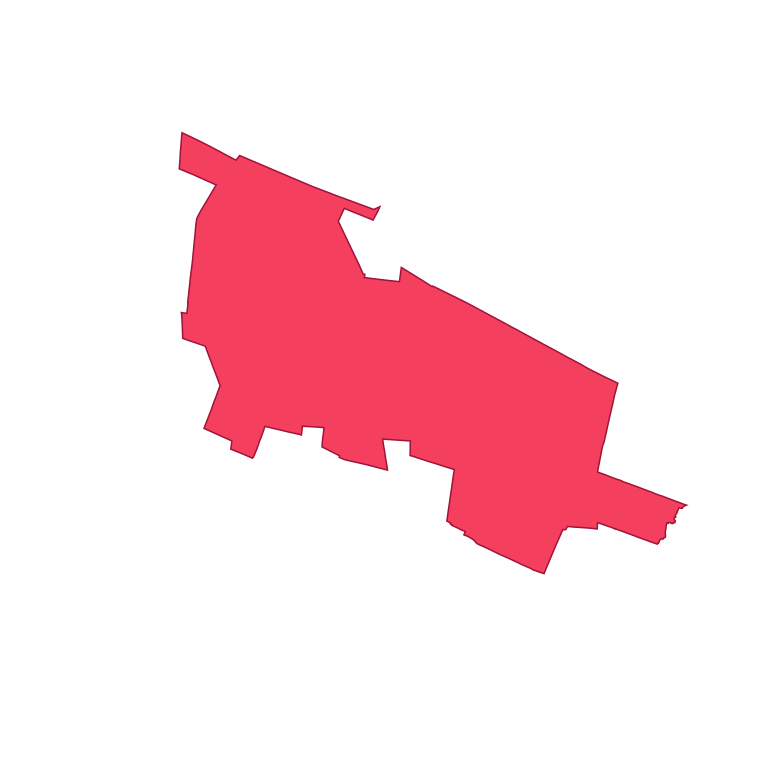 Baba Ana, Prahova, Romania, rotated 219°
{"feature_id": "2599482B26950775852697", "entity_name": "Baba Ana", "entity_type": "district", "adm_level": 2, "iso_a3": "ROU", "parent_name": "Romania", "parent_adm1": "Prahova", "projection": "natural_earth1", "projection_center": [26.48, 44.974], "detail": "fine", "context": "isolated", "style": "filled", "palette": "rose", "viewbox_px": 768, "rotation_deg": 219, "n_neighbors": 0, "source": "geoboundaries", "source_scale": "gbopen_adm2", "svg_char_len": 5942}
<svg xmlns="http://www.w3.org/2000/svg" viewBox="0 0 768 768"><g transform="rotate(219 384 384)"><path d="M498.8,519.2L501.8,513.2L538.1,500.9L543.9,499.0L558.9,494.1L563.8,492.5L584.2,486.6L586.7,485.9L640.0,470.7L639.9,467.6L640.0,464.8L640.2,464.7L667.6,459.4L679.3,456.9L699.1,452.2L698.4,451.1L694.2,444.9L692.9,442.9L692.2,442.0L691.1,440.4L690.0,438.8L689.5,438.0L688.2,436.1L687.5,435.1L686.0,433.1L682.1,427.5L678.5,422.3L664.8,426.4L639.8,433.0L639.7,433.1L635.5,403.9L634.7,399.5L634.1,396.5L633.6,394.8L633.1,393.8L631.6,391.3L630.0,388.7L623.4,378.9L620.0,373.6L619.1,372.3L616.5,368.5L613.9,364.4L613.3,363.6L610.9,360.0L606.1,352.4L603.6,348.3L603.5,348.2L602.8,346.9L590.0,327.2L587.8,323.6L587.4,323.8L587.2,323.6L583.7,318.0L581.6,314.9L586.5,312.0L586.1,311.6L585.5,311.1L584.5,310.1L583.6,309.2L582.4,307.9L581.7,307.1L577.1,301.9L569.1,292.8L565.1,294.2L562.0,295.3L561.0,295.7L552.0,299.0L549.2,300.0L546.7,300.9L546.3,300.7L539.3,296.5L536.4,294.8L532.2,292.4L528.1,289.9L526.0,288.7L519.2,284.8L510.4,279.6L507.6,271.4L506.2,267.4L505.7,265.5L503.4,258.9L501.9,254.8L501.3,252.7L498.8,245.1L497.1,239.6L495.9,236.2L491.1,237.5L466.4,244.0L462.0,236.9L455.1,239.1L447.4,241.4L443.3,242.5L439.5,243.6L439.5,244.1L439.5,244.8L440.0,247.2L440.8,249.7L442.1,254.2L443.0,256.4L443.3,257.9L443.9,258.9L444.8,261.3L445.4,263.5L446.1,265.7L446.5,266.9L448.1,271.4L448.8,273.3L449.6,275.5L449.8,276.1L447.0,277.5L439.8,280.9L435.6,283.0L433.7,283.9L429.5,285.9L428.2,286.5L427.0,287.1L423.3,289.0L418.8,291.2L416.1,292.4L418.7,296.6L420.9,299.8L411.3,306.7L408.2,308.9L406.3,310.2L403.2,312.2L403.1,312.3L402.4,311.2L400.9,308.8L397.7,303.6L395.0,299.5L394.1,298.1L393.7,297.6L392.5,296.1L392.1,296.2L373.5,300.2L372.7,298.8L367.9,300.1L367.1,300.4L366.8,300.5L361.0,303.3L355.6,306.0L353.4,307.1L351.7,307.9L351.1,308.2L348.4,309.5L345.8,310.8L337.1,314.7L335.1,315.6L331.8,317.1L327.4,319.2L327.1,319.3L330.3,322.3L335.7,327.0L340.1,331.1L344.8,335.2L348.3,338.4L350.4,340.3L345.3,343.9L327.7,356.3L327.2,355.6L325.4,353.3L322.9,350.2L319.8,346.2L318.8,344.8L315.2,346.3L311.9,347.5L302.0,351.3L293.0,354.9L286.5,357.4L275.9,361.6L275.6,361.8L274.9,360.7L273.0,357.3L270.7,353.5L268.5,349.8L266.0,345.7L264.3,342.7L262.0,338.9L257.8,331.9L254.8,326.8L250.8,320.2L248.9,317.0L248.0,317.2L245.0,317.9L244.7,318.0L244.6,317.0L242.7,317.4L242.5,316.8L238.2,317.9L234.4,318.8L234.1,318.8L230.7,319.6L229.8,320.0L228.0,320.5L227.9,320.5L227.1,317.7L227.1,317.1L225.6,317.4L223.8,318.1L222.8,318.4L221.6,318.5L219.9,318.8L218.9,318.9L217.5,319.1L216.5,319.2L215.1,319.1L212.7,318.7L212.3,318.5L211.8,318.5L211.2,318.5L210.8,318.6L209.7,318.8L208.2,319.2L206.3,319.7L204.5,320.2L199.0,321.6L196.5,322.2L194.6,322.6L193.6,322.8L192.4,323.1L190.6,323.5L187.2,324.3L184.0,325.2L181.3,325.9L169.2,329.0L168.5,329.2L166.7,329.6L165.9,329.8L165.4,329.9L164.8,330.0L163.7,330.3L161.3,330.9L160.5,331.2L157.8,331.9L156.1,332.4L155.0,332.7L154.0,333.0L153.2,333.1L151.7,333.2L144.1,335.9L140.3,337.3L141.5,341.3L143.4,348.0L145.5,355.1L149.1,367.5L152.5,380.3L153.4,383.4L152.8,383.7L152.6,383.9L152.3,384.1L151.6,384.6L151.2,385.3L151.2,385.8L151.5,387.6L151.8,388.7L144.4,393.7L142.9,394.8L133.5,401.4L130.7,403.2L127.1,405.5L130.7,410.6L130.5,410.8L114.6,416.5L114.4,416.3L113.0,416.8L113.2,417.0L102.8,420.6L102.4,420.7L96.5,422.7L95.5,423.0L95.3,423.1L94.2,423.5L92.1,424.2L90.9,424.5L78.8,428.7L75.9,429.7L70.9,431.5L71.1,432.1L70.5,432.8L70.6,433.6L71.3,435.9L71.5,436.7L71.4,437.1L71.3,437.4L71.0,437.6L71.0,438.0L71.1,438.4L70.9,438.7L70.7,438.9L70.0,438.9L69.7,438.9L69.6,439.0L69.5,439.3L69.5,439.6L69.5,440.1L69.5,440.4L69.5,440.8L69.5,441.1L69.2,441.5L68.9,442.0L69.2,442.5L69.8,443.4L70.4,444.0L70.9,444.5L71.3,444.8L71.8,445.4L72.2,446.0L73.1,447.4L73.3,447.8L73.8,448.8L74.7,450.2L75.7,451.9L76.2,452.7L76.7,453.5L76.8,453.8L76.8,454.1L76.7,454.4L76.4,454.6L76.1,454.6L75.9,454.5L75.6,454.5L75.4,454.5L75.3,454.9L75.4,455.3L75.4,455.5L75.3,455.9L75.1,456.1L74.8,456.3L74.3,456.4L74.1,456.5L73.9,456.4L73.4,456.5L72.9,456.6L72.4,456.8L72.1,456.9L71.9,457.1L71.8,457.3L71.7,457.5L71.7,457.8L71.8,458.0L71.8,458.4L71.6,458.6L71.4,458.8L71.0,459.0L70.8,459.1L70.7,459.2L70.7,459.4L70.7,459.5L70.8,459.7L71.0,459.9L71.2,460.3L71.4,460.7L71.5,460.9L71.6,461.1L71.9,461.2L72.5,461.3L72.9,461.3L73.2,461.3L73.6,461.5L73.9,461.8L74.1,462.0L74.2,462.3L74.2,462.8L74.1,463.1L73.8,463.4L73.6,463.8L73.5,464.0L73.7,464.4L74.1,464.7L74.5,464.9L74.9,465.3L75.1,465.8L75.2,466.3L75.1,466.8L75.1,467.4L75.1,467.9L75.2,468.3L75.3,468.5L75.5,468.9L75.8,469.2L75.9,469.9L75.9,470.4L76.0,470.8L76.1,471.1L76.3,471.5L76.6,472.1L76.7,472.6L76.8,472.9L76.7,473.2L76.4,473.5L75.9,473.9L75.1,474.3L74.4,474.7L74.2,474.9L74.0,475.1L74.0,475.3L74.0,475.6L74.1,475.9L74.2,476.3L74.2,476.9L74.0,477.6L73.7,478.2L73.3,479.1L72.7,480.2L74.4,479.5L76.9,478.7L80.9,477.4L85.6,475.8L89.0,474.7L91.9,473.7L95.6,472.5L96.4,472.3L99.3,471.1L102.4,470.0L104.9,469.2L106.3,468.9L108.9,468.1L111.2,467.2L121.7,463.8L126.3,462.2L132.5,460.1L135.3,459.0L136.9,458.6L139.4,458.0L142.7,456.7L146.9,455.2L149.1,454.5L153.6,453.1L162.7,450.0L175.0,473.1L175.8,475.3L176.4,477.4L178.5,481.5L180.8,486.3L183.0,490.6L184.8,494.2L186.5,497.6L188.4,501.5L193.6,512.2L194.9,514.8L197.7,520.3L199.2,523.7L201.1,527.9L202.7,531.8L216.2,528.6L221.0,527.5L223.9,526.9L227.8,526.0L232.9,524.9L235.2,524.5L237.8,524.0L240.5,523.6L242.7,523.3L254.1,521.1L257.5,520.4L259.5,520.0L269.7,518.2L275.5,517.1L280.2,516.2L286.0,515.1L303.8,511.8L311.4,510.4L316.5,509.5L317.5,509.2L326.3,507.6L369.0,499.5L372.5,498.8L407.7,490.8L407.7,490.0L421.3,488.4L433.1,486.9L443.9,485.5L437.5,475.0L436.5,473.2L448.3,465.6L459.9,458.3L466.2,454.4L467.9,457.2L469.5,456.4L478.5,461.0L521.9,481.7L522.4,483.6L525.4,495.5L517.0,498.0L499.8,503.3L495.6,504.5L496.4,508.5L496.6,509.6L497.1,512.3L497.2,513.0L497.5,514.3L498.0,516.3L498.8,519.2Z" fill="#f43f5e" stroke="#9f1239" stroke-width="1.5"/></g></svg>